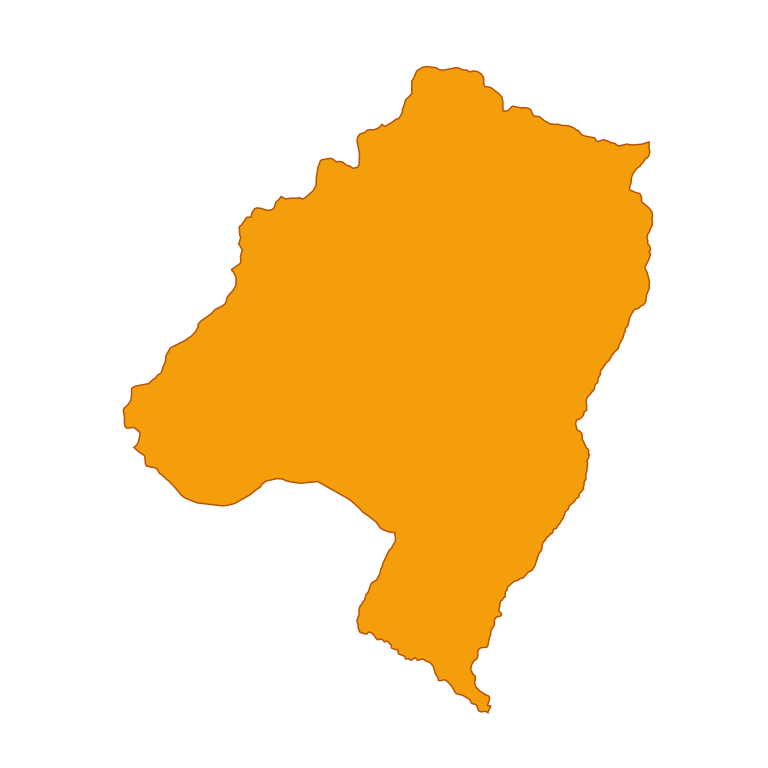 the district of Génova, Quindío, Colombia, rotated 184°
{"feature_id": "7082276B54028982815343", "entity_name": "Génova", "entity_type": "district", "adm_level": 2, "iso_a3": "COL", "parent_name": "Colombia", "parent_adm1": "Quindío", "projection": "orthographic", "projection_center": [-75.776, 4.193], "detail": "fine", "context": "isolated", "style": "filled", "palette": "amber", "viewbox_px": 768, "rotation_deg": 184, "n_neighbors": 0, "source": "geoboundaries", "source_scale": "gbopen_adm2", "svg_char_len": 6135}
<svg xmlns="http://www.w3.org/2000/svg" viewBox="0 0 768 768"><g transform="rotate(184 384 384)"><path d="M629.1,303.3L623.4,298.9L618.3,296.1L617.5,294.9L616.4,287.5L615.0,285.5L606.6,284.4L604.5,283.3L601.9,279.4L598.3,277.4L597.8,276.5L596.0,275.6L594.2,273.5L592.3,272.6L585.5,266.4L578.1,258.6L574.2,256.3L562.1,252.4L537.3,251.2L532.9,251.7L526.3,253.8L524.2,254.7L510.2,263.9L503.8,269.9L499.9,272.9L499.2,275.1L494.8,279.0L485.5,281.8L483.6,282.2L478.0,282.0L475.1,280.6L469.7,279.8L460.2,279.2L443.4,282.1L411.4,266.9L407.7,264.5L399.7,258.2L396.2,254.7L389.6,250.8L382.2,245.7L377.3,239.8L374.0,238.3L368.1,236.6L362.7,236.6L362.7,234.8L361.6,230.4L361.9,227.5L364.6,222.4L364.8,220.9L367.1,218.7L367.9,217.1L372.8,204.2L372.9,201.9L374.1,199.6L375.0,194.4L376.8,189.8L378.0,188.0L382.8,184.3L385.2,175.6L387.2,172.7L388.3,167.0L390.3,164.5L390.9,162.4L392.2,161.4L393.2,157.6L392.8,152.4L394.4,146.7L394.2,144.8L392.8,141.0L392.9,139.1L391.9,137.6L391.7,136.1L390.7,134.7L384.5,133.2L383.6,133.5L382.0,135.4L380.4,135.4L377.8,134.0L373.1,128.6L372.0,128.5L369.5,129.4L367.1,128.5L365.7,126.7L363.2,127.6L362.2,127.5L360.2,125.2L358.6,124.4L358.3,121.5L357.9,121.0L354.3,119.8L351.6,120.1L351.2,117.1L350.6,115.8L344.2,113.7L343.4,111.3L342.3,111.2L340.4,112.0L338.8,110.5L337.2,110.5L333.7,113.3L331.3,110.7L325.6,112.5L322.9,110.5L319.1,109.7L315.3,106.0L312.3,98.1L309.8,95.0L308.9,92.0L306.9,92.0L303.1,93.2L301.4,92.5L298.9,90.7L295.0,86.7L291.0,80.8L290.0,80.1L283.7,78.9L276.5,75.2L274.2,71.4L270.2,70.7L269.2,69.8L267.0,65.1L265.9,64.1L264.1,63.8L260.4,64.5L259.0,64.3L257.4,63.3L256.5,66.7L255.0,69.4L255.4,70.4L258.0,70.4L258.4,70.7L256.9,75.7L256.7,78.4L258.0,80.2L261.5,81.4L267.0,84.4L271.1,88.1L272.6,91.3L272.7,94.1L272.2,95.7L272.6,99.0L275.1,100.9L277.6,105.3L277.1,109.7L275.2,113.9L272.7,115.7L271.7,117.5L271.4,119.3L271.8,123.6L271.1,125.6L269.9,127.0L268.4,127.8L263.2,128.5L262.2,129.9L261.3,137.9L260.3,140.3L260.0,145.7L257.1,151.2L257.3,156.9L255.6,159.3L251.3,160.8L250.6,162.0L251.2,163.5L253.0,165.1L253.8,166.7L253.1,169.6L252.8,175.5L251.1,176.5L249.9,178.8L248.2,180.4L248.5,184.6L248.1,185.8L247.0,186.8L246.4,190.2L240.9,195.9L236.5,197.7L234.8,199.2L231.7,200.3L227.2,206.0L223.2,208.8L220.8,213.3L217.7,225.5L215.3,228.9L215.0,234.6L214.0,237.5L212.2,239.2L211.0,242.2L208.9,243.9L207.5,246.3L206.3,246.5L205.7,247.1L204.5,251.0L201.9,252.0L200.7,254.9L198.7,257.3L198.3,258.8L196.1,262.1L195.8,264.3L194.6,266.0L194.7,268.1L194.2,269.2L191.2,272.5L190.8,275.0L190.0,276.1L186.0,279.8L184.2,283.2L181.8,284.7L181.5,287.8L177.6,293.2L178.2,295.1L177.5,295.7L177.5,299.3L177.0,301.2L175.9,302.9L176.4,307.5L175.6,311.3L175.4,319.8L176.5,321.4L174.5,324.7L174.7,326.2L174.1,327.9L175.3,328.5L175.1,331.6L175.5,332.9L177.5,334.3L182.3,342.7L182.8,347.3L183.6,349.0L185.5,350.6L188.0,351.5L190.0,357.2L189.9,359.4L189.1,361.6L186.0,362.8L183.0,366.6L182.5,367.6L182.9,369.1L180.1,372.2L180.4,377.6L181.3,379.9L180.6,384.4L174.0,393.2L173.3,398.0L171.0,400.5L170.5,405.3L168.7,408.8L169.0,411.1L168.6,412.9L166.9,415.0L163.9,420.5L161.1,423.3L159.4,427.2L157.1,431.0L152.8,435.6L152.0,439.8L148.7,447.3L148.0,451.5L146.8,453.4L147.3,455.9L145.8,457.6L144.6,460.2L143.6,467.1L142.0,471.2L139.5,475.7L135.3,477.3L133.4,479.5L130.7,481.1L128.9,483.8L128.5,485.4L128.4,490.9L125.9,498.5L126.5,500.8L126.2,504.3L129.1,513.2L131.7,517.7L131.9,518.8L128.4,526.8L127.2,532.6L129.0,534.2L127.5,536.0L127.8,538.4L129.0,540.7L130.7,542.4L130.8,545.0L131.9,548.8L131.3,552.0L129.8,554.6L129.1,557.5L127.5,560.8L127.5,564.6L128.3,567.4L127.8,570.6L128.6,574.0L131.3,577.6L139.8,583.9L140.1,588.3L141.9,591.7L146.9,592.8L151.9,594.7L152.4,595.2L152.8,597.3L151.5,602.7L151.6,606.7L150.6,610.2L148.8,614.1L147.0,616.5L143.5,619.5L143.0,621.1L140.8,623.4L139.2,626.7L137.0,628.1L135.8,630.1L135.0,634.2L135.9,637.2L136.5,643.9L143.8,641.1L153.7,639.7L158.5,640.3L165.6,638.0L167.5,638.0L170.7,640.3L174.0,640.4L177.0,641.8L182.4,643.0L187.3,640.9L188.4,640.8L189.7,641.7L190.2,643.5L191.2,644.3L200.0,645.2L202.9,645.9L204.3,646.6L207.9,650.5L210.1,650.9L212.4,652.7L218.4,654.6L223.5,654.3L229.2,655.3L231.3,654.9L236.6,655.1L242.8,658.1L247.8,661.7L252.9,661.6L254.2,663.1L256.6,667.5L257.7,668.5L259.5,669.2L263.0,669.5L267.2,669.0L274.8,670.2L276.1,669.4L278.6,665.9L281.8,664.6L283.9,664.8L284.5,665.9L285.1,674.0L286.4,678.5L289.5,681.4L298.3,687.3L304.4,687.9L305.6,691.0L305.7,695.2L306.2,696.8L308.6,700.1L312.6,702.2L316.8,702.6L319.8,701.4L323.7,703.0L326.8,702.7L331.3,704.4L333.9,704.7L345.8,701.4L350.1,701.2L354.5,703.2L364.3,703.6L367.4,702.7L371.9,699.7L373.4,698.1L375.4,691.8L377.4,688.1L376.6,675.5L382.4,668.7L383.4,663.1L384.7,659.5L384.7,656.1L387.5,650.1L390.5,648.9L395.0,645.1L400.6,641.3L401.6,641.2L404.2,642.9L405.9,640.4L408.2,638.5L411.7,636.9L417.8,636.4L420.7,633.7L425.5,631.7L426.6,630.1L427.6,628.0L427.9,624.8L424.5,612.1L424.2,601.9L424.4,600.4L425.4,598.5L429.0,597.2L430.6,597.2L433.6,599.2L436.3,599.4L440.9,602.6L444.2,602.9L447.2,602.1L450.2,604.5L452.7,605.5L461.5,603.4L463.0,602.3L464.9,596.0L465.9,585.3L465.6,577.2L468.4,571.6L475.8,564.2L478.3,562.8L481.4,564.0L484.0,563.2L489.9,562.9L494.0,561.9L496.5,562.3L499.7,563.9L501.5,561.0L504.4,558.0L506.0,551.8L508.3,550.0L510.7,549.2L512.6,549.2L519.6,550.7L523.1,550.8L525.3,549.9L527.8,545.3L528.3,541.3L532.5,540.7L537.2,532.9L539.4,530.7L538.3,522.6L537.2,520.2L538.0,516.0L538.8,513.8L534.7,507.9L536.1,501.5L535.3,495.3L536.9,493.3L543.9,487.8L543.8,486.9L542.3,485.5L539.5,481.0L539.0,479.5L538.6,472.1L541.0,467.1L546.4,460.0L547.4,454.4L548.1,453.0L550.2,450.9L557.5,446.7L561.4,441.9L571.1,434.0L573.7,430.5L573.3,428.3L575.6,423.2L579.6,418.3L586.2,413.1L599.6,405.2L603.4,397.3L603.7,390.5L605.3,386.8L607.0,379.7L610.7,376.8L612.3,374.2L615.0,372.1L618.7,368.0L630.5,364.9L632.8,364.0L635.0,362.5L635.6,360.3L635.0,356.3L635.5,349.6L638.5,344.9L641.2,342.2L641.9,340.9L642.1,339.0L640.5,332.6L640.3,326.7L639.2,323.3L638.2,322.4L636.8,322.0L631.3,323.2L629.8,322.8L625.1,319.5L624.2,318.2L623.8,316.5L625.1,308.5L626.9,305.3L629.1,303.3Z" fill="#f59e0b" stroke="#b45309" stroke-width="1.5"/></g></svg>